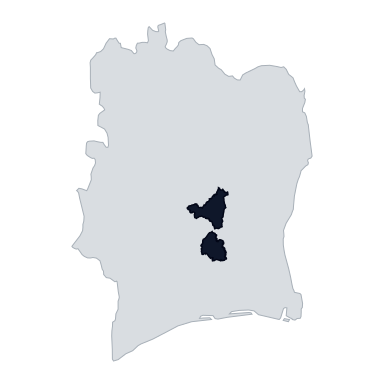 Belier, Lacs, Ivory Coast (highlighted)
{"feature_id": "98640826B5123145245776", "entity_name": "Belier", "entity_type": "district", "adm_level": 2, "iso_a3": "CIV", "parent_name": "Ivory Coast", "parent_adm1": "Lacs", "projection": "equal_earth", "projection_center": [-5.056, 6.922], "detail": "fine", "context": "in_parent", "style": "filled", "palette": "ink", "viewbox_px": 384, "rotation_deg": 0, "n_neighbors": 0, "source": "geoboundaries", "source_scale": "gbopen_adm2", "svg_char_len": 9236}
<svg xmlns="http://www.w3.org/2000/svg" viewBox="0 0 384 384"><path d="M96.6,52.7L97.7,52.6L100.7,51.5L103.5,48.8L106.1,43.2L109.5,38.7L113.4,39.0L114.6,38.2L115.9,38.1L117.6,41.0L119.2,43.3L120.4,43.3L121.2,47.6L128.3,49.4L131.3,50.5L133.9,53.6L134.8,53.7L135.9,53.1L136.7,52.0L136.9,50.8L135.8,48.0L136.3,45.5L137.4,43.2L139.2,43.1L142.0,42.4L145.2,42.4L147.5,42.8L148.4,40.6L147.6,34.2L147.8,30.8L148.2,27.8L149.1,26.6L152.6,30.3L155.8,31.6L158.1,31.7L158.7,31.1L157.8,27.0L158.0,25.8L158.9,25.1L160.4,24.7L164.5,23.0L164.9,23.4L165.7,29.7L165.3,31.8L166.2,36.1L167.2,40.1L167.2,41.8L166.3,44.3L165.2,46.5L165.4,47.5L167.0,49.0L170.1,50.6L173.3,51.0L175.1,48.7L177.0,46.8L178.3,45.1L178.8,42.5L180.8,40.7L186.7,38.4L192.1,38.0L193.4,38.8L195.9,42.3L199.0,44.7L203.7,44.4L207.1,45.8L210.0,48.5L212.0,54.5L214.2,58.8L215.1,65.0L218.6,68.2L221.2,69.7L224.9,74.2L228.7,76.4L232.5,75.9L234.4,78.2L237.3,79.9L240.2,80.0L242.7,74.9L246.1,72.8L254.7,68.7L258.0,66.8L261.4,65.7L269.7,65.3L277.3,66.6L281.1,67.5L283.7,66.8L286.2,69.3L288.7,74.4L290.8,76.0L293.0,77.8L294.6,81.9L296.4,85.9L297.4,87.7L299.7,91.7L301.7,91.7L303.7,90.0L304.5,88.7L304.9,91.3L304.1,95.6L304.3,98.2L305.4,99.2L304.8,102.6L302.5,108.4L302.5,111.8L304.8,112.9L306.4,116.5L307.4,122.7L308.3,124.8L308.4,126.0L310.1,141.0L312.1,156.1L310.8,158.1L309.1,158.6L308.0,159.3L307.6,160.7L308.4,162.8L307.9,164.7L305.7,166.0L301.0,170.8L300.6,172.7L299.4,176.8L298.3,179.2L296.8,183.9L294.4,196.1L293.5,206.2L293.3,209.3L292.4,211.5L291.3,214.7L286.1,223.3L283.5,230.4L283.8,233.5L284.0,236.6L283.2,238.9L283.3,244.9L284.0,249.9L284.9,254.8L288.7,268.8L290.6,277.2L291.9,284.1L292.9,288.6L293.9,290.5L294.4,292.3L299.9,293.5L301.0,294.6L302.6,303.5L302.3,307.5L301.2,309.0L301.2,312.4L301.0,316.6L300.2,318.3L297.1,318.5L295.0,320.1L292.2,319.5L291.9,318.5L290.4,318.1L286.2,315.7L286.9,307.9L285.0,307.6L283.5,308.6L280.6,317.9L279.2,319.5L258.5,314.7L254.1,310.9L248.7,310.0L239.3,310.4L231.6,311.6L229.4,313.9L248.9,312.5L251.0,312.8L252.0,314.2L227.3,317.3L217.9,319.1L215.1,318.6L213.0,315.6L202.8,315.3L200.7,316.2L199.5,318.4L203.5,318.0L209.8,317.8L211.5,319.5L191.7,321.7L177.9,325.9L172.1,329.0L152.8,339.1L141.1,343.9L138.0,345.7L132.7,350.7L125.8,353.8L118.2,359.6L113.5,361.0L112.4,359.1L112.3,349.2L111.7,335.9L111.9,330.9L112.5,326.1L112.6,322.2L114.9,320.7L115.5,319.0L115.9,313.9L118.1,309.2L118.1,301.1L118.8,299.3L119.3,297.2L118.3,291.8L117.1,281.7L116.5,281.1L116.0,281.5L114.8,281.7L110.0,278.2L106.3,277.6L103.7,274.6L103.5,271.2L102.2,269.2L101.3,265.3L100.0,260.8L96.4,258.1L92.9,257.5L90.5,258.0L87.6,257.9L84.3,256.4L82.1,254.6L79.9,251.4L77.9,248.7L76.3,249.1L74.4,248.4L72.5,247.2L71.9,246.3L79.9,235.9L82.6,230.7L82.9,227.6L82.9,224.4L83.8,221.2L84.1,216.3L79.7,198.4L78.6,192.8L77.4,191.2L76.6,190.6L78.9,188.3L82.0,188.9L86.7,190.7L87.7,188.9L91.3,179.8L91.2,176.5L90.9,174.2L93.0,168.0L94.6,165.6L95.5,163.0L95.2,159.5L94.0,158.2L92.3,158.4L90.4,157.5L87.3,155.5L85.8,153.7L86.3,145.5L86.6,143.0L87.7,141.6L89.3,141.2L94.0,140.9L97.8,141.8L101.1,142.4L102.9,142.4L104.3,144.8L106.2,147.3L107.9,147.3L108.5,145.4L108.1,137.4L107.0,133.1L104.5,129.0L97.9,125.5L97.8,120.6L98.4,115.3L99.9,113.3L104.7,109.9L103.9,108.1L102.3,106.2L99.3,104.2L100.0,97.8L100.2,92.2L97.5,92.8L94.9,93.1L92.6,91.4L90.7,88.0L90.4,78.5L90.4,67.5L90.1,62.7L90.8,60.1L93.1,57.7L95.7,54.7L96.6,52.7ZM289.5,319.6L288.4,321.7L283.2,320.4L284.4,318.6L289.5,319.6Z" fill="#d9dde1" stroke="#a8b0b8" stroke-width="1"/><path d="M227.4,192.0L226.9,192.4L226.7,192.6L226.3,192.7L225.6,192.5L225.4,192.2L225.0,192.2L224.8,192.0L224.6,192.3L224.3,192.1L224.2,191.5L224.0,190.9L223.6,190.6L222.8,189.4L222.2,190.3L221.5,190.1L221.1,189.9L220.9,189.9L220.7,190.2L220.2,189.8L219.8,189.1L219.7,189.0L219.5,188.2L219.3,188.1L218.9,188.1L218.5,187.8L218.4,189.7L218.0,189.7L217.7,190.7L217.1,191.6L217.0,192.0L216.7,192.4L216.8,192.9L216.8,193.7L216.9,194.5L216.5,194.7L216.2,194.5L215.8,194.6L215.5,194.2L215.3,194.1L215.0,194.4L214.5,195.2L214.4,195.6L213.9,195.0L213.0,196.0L212.1,197.2L211.9,198.1L211.4,198.7L211.1,198.7L210.6,198.5L210.1,198.7L209.9,198.9L209.4,198.9L209.5,199.5L209.3,200.1L209.3,200.5L208.2,201.7L207.9,201.7L207.7,201.9L207.2,201.8L206.9,202.1L206.8,202.4L206.5,202.6L206.2,202.9L205.9,203.6L205.9,203.8L205.7,204.6L205.0,205.3L204.7,205.2L204.2,204.9L204.1,205.2L203.2,206.5L202.4,208.1L202.2,208.0L202.0,207.7L201.6,207.7L201.3,207.4L200.6,207.4L200.1,207.6L198.8,207.5L198.5,207.4L198.3,207.0L197.9,205.5L197.6,205.3L197.1,205.4L196.8,205.1L196.9,204.4L196.7,204.0L196.2,204.0L195.9,204.1L195.7,204.0L195.4,204.1L195.1,203.9L194.2,204.6L191.6,205.2L191.0,205.8L190.0,205.7L189.8,206.0L188.8,206.1L188.4,206.8L188.2,207.2L188.2,207.6L188.0,207.8L187.8,207.6L187.4,207.6L187.3,207.9L187.3,208.3L187.4,208.6L188.3,209.6L188.8,209.6L189.4,210.1L189.8,210.1L190.2,210.3L190.3,211.0L189.9,211.6L189.8,211.8L189.9,212.0L190.8,212.8L191.1,212.7L191.6,212.8L191.9,212.7L192.2,212.7L192.4,212.5L192.5,212.1L193.3,211.8L194.5,212.6L194.9,212.8L195.0,213.0L194.7,213.6L194.7,214.1L194.5,214.3L194.4,214.5L194.5,216.2L194.7,216.6L194.7,217.3L194.8,217.6L195.4,217.7L195.7,217.9L196.1,218.0L196.3,218.4L196.5,218.4L196.6,218.1L196.8,217.9L198.1,217.4L199.2,216.5L199.6,216.5L199.8,216.4L200.7,216.4L201.6,216.0L202.7,216.5L203.0,216.9L203.2,217.1L203.5,217.2L204.2,217.0L204.9,217.2L205.2,217.5L205.3,217.8L205.6,218.3L206.1,218.3L206.4,218.2L206.8,218.6L207.0,218.6L207.4,218.6L207.9,218.7L208.0,218.4L208.2,218.6L208.4,218.5L208.6,218.8L209.0,218.7L209.1,219.0L208.9,219.0L209.1,219.6L209.2,219.8L209.3,220.3L209.6,220.4L209.7,220.7L209.9,220.5L210.1,220.7L210.2,221.1L210.4,221.2L210.6,221.1L210.8,221.4L211.7,221.4L211.9,221.9L212.0,221.9L212.2,222.3L212.3,222.5L212.3,223.0L212.6,223.4L212.6,223.9L212.7,224.2L212.7,224.4L212.9,224.9L212.8,225.0L213.0,225.4L213.5,225.5L213.8,226.0L214.3,226.0L214.5,226.4L214.3,226.6L214.4,226.8L214.3,227.2L214.4,227.7L214.7,228.2L214.6,228.6L214.8,228.9L215.1,228.9L215.1,229.0L215.2,228.8L215.2,228.7L216.3,228.1L217.7,228.3L218.1,228.6L218.3,228.5L218.5,228.5L218.9,228.4L219.9,227.8L220.1,227.4L221.1,226.6L221.5,227.0L222.1,226.7L222.1,226.3L222.0,226.1L221.8,225.4L221.8,224.8L221.9,224.4L221.8,224.2L221.8,223.7L221.6,223.4L221.7,223.1L222.7,221.2L221.5,218.1L222.5,217.4L222.6,217.0L223.0,216.8L223.2,214.5L223.5,212.9L223.8,211.7L223.8,210.9L223.9,210.5L224.0,209.8L224.4,208.7L225.7,207.7L225.8,207.5L225.3,206.7L225.3,205.7L225.2,205.1L224.5,203.9L223.9,200.5L223.9,198.9L223.5,197.9L223.4,197.6L223.5,197.2L226.3,195.0L227.1,195.0L227.9,194.7L227.8,193.4L227.5,192.8L227.7,192.5L227.6,192.1L227.4,192.0ZM226.4,258.9L226.4,258.4L226.1,257.7L225.5,257.1L225.2,257.1L224.9,257.2L224.7,256.7L225.2,256.5L224.8,256.0L224.9,255.6L225.6,255.3L225.8,254.9L225.2,254.7L225.1,254.4L225.1,254.2L225.4,254.0L225.4,253.4L225.6,253.3L225.8,253.0L226.0,252.9L225.6,252.5L225.1,252.4L225.0,252.2L225.1,251.9L225.3,251.9L225.6,252.0L225.9,251.9L225.7,251.4L225.3,251.4L224.9,251.3L224.6,251.0L224.6,250.8L225.0,250.6L225.0,250.3L225.1,250.2L224.5,249.8L224.2,249.9L224.1,249.0L224.5,249.0L224.7,248.8L224.5,248.5L224.5,248.1L224.3,247.9L223.9,247.6L223.4,247.1L222.9,247.4L222.7,247.5L222.3,247.4L222.2,247.3L222.2,247.0L222.5,246.8L222.5,246.6L222.2,246.3L222.2,246.1L222.8,245.1L222.6,244.7L222.5,244.1L222.5,243.8L223.5,244.0L223.7,243.7L223.7,243.4L223.3,242.5L223.6,242.3L223.5,242.0L223.1,241.8L222.9,241.4L223.0,241.0L221.5,240.1L221.0,240.1L220.5,239.8L219.6,239.7L219.1,240.0L219.1,240.3L218.8,240.6L218.5,240.7L218.1,240.6L217.9,240.7L217.8,241.4L217.9,241.5L218.2,241.4L218.1,241.6L217.7,241.6L217.6,241.4L217.1,241.5L216.9,241.3L216.6,241.3L216.4,240.8L216.2,240.7L216.2,240.0L216.3,239.8L216.6,240.0L216.8,240.4L217.0,240.1L216.8,239.7L216.9,239.1L216.5,239.2L216.4,239.1L216.5,239.0L216.5,238.9L216.3,238.8L216.4,238.3L215.6,237.9L215.6,237.4L215.8,237.0L215.5,236.9L215.6,236.6L215.9,236.7L215.8,236.1L216.5,235.8L216.6,235.2L216.5,234.9L216.0,234.9L215.6,234.7L214.9,233.8L214.9,233.7L215.0,233.5L214.9,233.4L214.0,233.1L213.3,232.8L212.8,232.8L212.6,232.6L212.4,232.4L212.1,231.6L211.4,232.2L210.8,232.5L209.6,232.7L208.9,233.4L208.6,233.7L206.2,237.2L205.1,238.4L203.2,239.4L203.2,239.9L202.8,240.6L202.7,241.2L202.8,241.8L202.7,242.5L202.9,242.7L202.8,242.9L202.4,243.7L202.0,244.0L201.9,244.5L201.5,244.7L201.0,245.3L201.0,245.7L201.2,246.2L202.0,246.5L202.0,247.8L201.8,248.2L201.4,248.6L201.3,248.9L201.4,249.3L201.6,249.7L201.7,250.4L201.5,250.8L201.4,251.6L201.6,252.1L201.8,252.5L201.8,252.9L202.1,253.6L201.9,253.9L202.0,254.2L202.3,254.4L202.5,254.3L203.0,254.3L203.3,254.4L203.8,254.1L204.4,253.5L205.5,253.3L205.9,253.3L205.9,253.6L206.0,253.5L206.8,253.7L208.4,255.7L209.0,256.7L209.4,256.9L210.4,258.2L210.6,258.0L211.0,258.1L212.0,257.7L212.5,257.6L213.0,257.9L212.9,258.4L212.6,259.0L212.2,259.3L212.4,260.0L212.4,260.4L212.5,260.8L213.7,260.5L214.0,260.7L214.5,260.3L215.4,259.9L215.6,259.7L216.7,259.4L220.7,260.7L220.8,260.8L221.2,260.6L221.3,260.5L221.0,260.2L221.1,259.9L221.7,260.5L222.1,260.4L222.6,260.6L223.8,260.3L224.2,260.0L224.5,260.1L224.7,259.7L225.0,259.6L225.4,258.9L225.6,258.8L225.6,258.4L225.8,258.8L226.3,259.0L226.4,258.9Z" fill="#0f172a" stroke="#020617" stroke-width="1.5"/></svg>